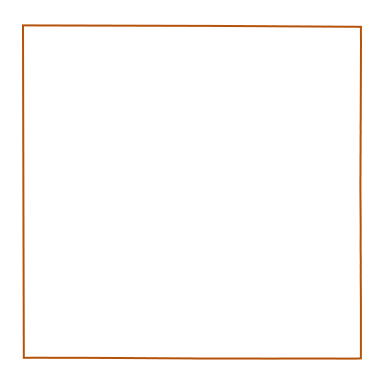 Cherokee, Kansas, United States of America (Equal Earth projection)
{"feature_id": "52423323B71068328683000", "entity_name": "Cherokee", "entity_type": "district", "adm_level": 2, "iso_a3": "USA", "parent_name": "United States of America", "parent_adm1": "Kansas", "projection": "equal_earth", "projection_center": [-94.732, 37.169], "detail": "fine", "context": "isolated", "style": "outline", "palette": "amber", "viewbox_px": 384, "rotation_deg": 0, "n_neighbors": 0, "source": "geoboundaries", "source_scale": "gbopen_adm2", "svg_char_len": 723}
<svg xmlns="http://www.w3.org/2000/svg" viewBox="0 0 384 384"><path d="M361.0,26.8L210.9,25.9L23.0,25.4L23.5,239.6L23.7,310.4L23.8,357.8L41.5,357.7L50.2,357.8L55.7,357.8L69.7,357.8L72.5,357.8L81.7,357.8L186.8,358.4L189.3,358.4L195.9,358.5L203.0,358.5L243.0,358.5L271.1,358.6L272.7,358.6L290.7,358.5L298.8,358.5L300.4,358.5L355.5,358.6L360.9,358.4L360.9,348.5L360.9,317.7L360.9,301.8L360.8,283.9L360.7,273.3L360.8,272.8L360.7,265.9L360.8,262.8L360.7,255.7L360.6,246.7L360.7,230.5L360.7,228.0L360.5,200.8L360.4,186.5L360.4,180.3L360.5,172.9L360.5,167.1L360.5,154.8L360.6,154.3L360.6,142.4L360.6,134.5L360.7,133.3L360.6,125.2L360.7,122.4L361.0,41.3L360.9,28.4L361.0,26.8Z" fill="none" stroke="#b45309" stroke-width="2"/></svg>